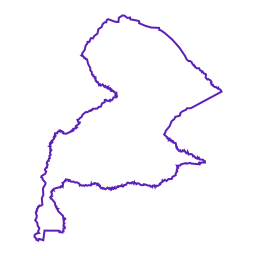 the district of Aranyaprathet, Sa Kaeo, Thailand
{"feature_id": "78962969B18658138340114", "entity_name": "Aranyaprathet", "entity_type": "district", "adm_level": 2, "iso_a3": "THA", "parent_name": "Thailand", "parent_adm1": "Sa Kaeo", "projection": "orthographic", "projection_center": [102.437, 13.671], "detail": "fine", "context": "isolated", "style": "outline", "palette": "violet", "viewbox_px": 256, "rotation_deg": 0, "n_neighbors": 0, "source": "geoboundaries", "source_scale": "gbopen_adm2", "svg_char_len": 5755}
<svg xmlns="http://www.w3.org/2000/svg" viewBox="0 0 256 256"><path d="M159.1,27.9L151.1,27.5L145.6,25.9L139.1,23.2L139.3,21.5L138.7,20.9L130.3,19.3L130.0,17.5L127.4,18.0L124.6,15.7L122.7,15.4L118.9,17.7L118.4,22.0L115.4,21.8L108.1,19.2L106.8,19.9L106.3,22.3L104.6,22.3L102.6,24.3L101.6,27.1L98.5,29.0L97.4,33.7L94.2,36.0L93.0,38.4L90.8,38.2L89.3,42.0L87.5,41.9L87.3,43.8L85.8,45.3L84.6,50.0L82.4,53.1L82.0,54.4L82.5,55.2L81.6,55.6L84.2,57.3L84.4,58.2L85.1,58.0L86.0,59.2L87.1,59.4L88.0,63.6L90.4,68.4L90.3,70.4L91.7,71.9L92.0,74.6L93.4,75.2L93.3,76.4L95.5,77.3L94.9,78.5L95.6,78.8L95.7,80.9L96.5,81.1L96.9,82.1L98.0,82.2L99.1,85.2L100.0,84.4L100.6,85.5L101.2,85.5L102.7,84.4L104.4,86.8L105.4,86.0L106.1,87.4L107.9,86.8L107.4,87.9L107.7,88.6L109.2,88.8L109.0,88.1L110.1,88.1L110.7,88.7L110.2,89.7L110.8,90.7L111.8,90.1L112.0,91.1L113.5,91.0L114.4,92.5L116.3,92.6L116.5,94.5L115.6,94.3L115.4,95.2L116.7,95.3L117.0,96.4L116.2,96.7L116.2,97.3L113.6,97.3L112.3,99.8L111.0,100.4L110.4,99.9L110.0,100.9L109.6,100.2L108.6,100.9L107.0,100.9L106.0,99.8L104.8,99.9L104.7,102.2L102.1,103.3L100.9,106.6L98.4,107.1L97.3,108.6L92.6,108.8L92.3,109.9L91.2,110.0L90.7,111.0L89.5,110.6L87.6,112.1L85.6,112.1L82.5,114.8L81.5,117.2L80.1,117.9L79.1,119.2L77.4,119.8L78.3,122.1L79.8,122.4L79.5,123.4L75.8,126.1L76.8,127.3L76.0,127.4L76.0,128.3L74.5,128.4L73.8,129.2L73.1,128.9L72.5,129.9L72.9,130.3L72.1,130.5L72.6,130.9L66.2,133.7L63.4,133.5L62.8,132.9L63.2,132.0L60.6,130.6L60.6,131.1L59.8,130.8L59.9,131.4L59.1,131.0L57.6,131.9L57.2,133.3L55.0,133.3L54.8,134.9L55.6,135.9L55.3,136.5L54.0,136.6L53.7,137.1L54.4,137.6L53.7,139.2L52.6,140.0L52.3,141.3L51.8,140.9L51.4,141.3L52.4,142.1L52.1,142.6L51.2,143.4L50.4,142.7L49.8,143.9L50.5,145.8L49.4,146.3L50.5,146.9L50.1,148.4L50.9,149.4L50.3,149.4L50.3,150.7L50.8,151.1L49.9,152.8L50.7,154.8L49.4,155.8L49.8,158.2L48.9,158.6L48.7,160.7L48.2,160.5L47.0,162.2L46.7,163.4L47.7,164.7L46.9,166.6L47.1,167.5L45.7,168.1L44.8,169.8L46.2,171.5L45.2,173.8L41.6,176.0L41.2,177.2L42.5,178.0L42.6,179.4L45.5,182.8L45.4,184.1L43.0,188.4L43.3,195.1L41.8,198.3L42.4,204.6L41.1,205.7L39.4,205.5L39.1,206.5L37.9,206.8L37.9,208.1L36.8,209.2L37.1,210.8L36.3,211.2L35.8,212.8L36.3,213.1L36.2,214.7L36.9,215.7L36.4,218.1L35.2,220.1L37.4,223.0L37.6,225.7L39.3,228.2L38.1,231.9L39.0,233.0L36.1,233.7L34.6,235.0L34.5,237.0L36.6,238.7L36.3,239.6L37.1,240.2L38.3,240.6L39.1,238.9L43.3,240.2L44.5,230.6L57.9,230.7L59.6,230.9L59.4,232.1L62.5,232.5L62.7,231.5L63.5,231.4L63.4,228.8L64.9,228.1L64.6,226.5L63.5,226.4L63.7,224.0L64.4,223.5L63.6,222.1L64.1,219.7L64.8,219.3L64.1,218.7L64.7,218.4L63.7,217.7L63.3,218.2L63.0,215.9L58.2,211.2L57.6,209.4L58.0,208.9L56.7,208.7L56.7,207.4L56.0,206.9L56.3,206.4L55.2,205.2L55.0,203.0L52.0,199.2L50.8,198.6L50.7,197.3L51.3,196.8L50.7,196.8L51.7,195.5L51.9,193.5L51.4,192.7L51.9,191.8L51.4,191.6L52.0,190.7L53.0,189.7L53.5,190.0L53.3,189.5L54.0,188.8L59.5,187.2L60.2,187.5L61.1,186.2L61.5,186.7L62.2,186.0L62.7,186.6L63.1,184.1L62.7,183.1L63.3,183.2L63.7,182.1L65.5,180.9L65.1,180.6L65.8,179.4L69.4,180.0L69.0,180.9L69.9,180.7L70.8,181.6L73.7,181.7L75.3,182.6L76.9,182.3L79.2,183.6L79.7,185.2L80.2,184.7L82.0,185.7L83.1,185.3L84.3,185.9L85.6,185.0L87.3,185.7L88.4,185.2L90.9,185.4L91.3,183.9L91.5,184.5L92.6,184.3L93.0,183.8L92.6,183.6L94.1,183.9L94.1,183.3L94.7,183.0L97.2,184.1L97.7,183.6L98.3,184.3L97.9,184.9L98.8,184.7L98.9,185.6L99.9,185.6L99.9,186.6L101.1,188.2L102.0,187.8L102.5,188.6L103.6,188.7L103.8,188.2L105.5,189.2L107.6,187.6L109.0,188.9L109.5,188.4L110.1,189.0L110.3,188.3L110.9,188.8L111.2,188.4L111.5,189.4L112.5,188.4L113.0,188.7L113.0,187.8L113.6,188.1L114.6,187.3L114.6,188.4L115.7,188.6L117.2,186.9L118.2,187.0L118.2,186.1L120.5,186.2L121.7,185.1L121.9,186.2L123.1,186.6L124.2,185.0L125.9,184.9L127.3,182.8L128.2,182.6L129.8,183.4L131.4,182.6L131.8,183.2L132.6,182.3L133.8,182.8L134.1,182.4L134.2,183.5L134.8,182.9L136.1,183.3L136.4,184.2L137.9,183.3L139.0,183.5L140.4,184.8L142.5,185.3L144.0,184.9L143.9,184.3L145.0,184.4L148.5,185.7L149.8,185.5L150.8,186.7L151.9,186.2L152.4,186.9L153.1,185.5L154.5,185.8L154.8,186.4L154.9,185.7L155.6,186.2L155.6,185.7L158.0,185.8L160.2,184.4L159.8,183.7L162.3,181.8L162.5,180.7L163.0,181.4L164.8,179.8L166.5,181.0L168.4,179.1L171.8,178.9L172.5,176.8L175.7,175.2L175.6,173.6L176.6,172.4L176.5,171.4L177.3,171.0L176.8,169.3L177.6,168.5L177.0,166.2L178.2,167.0L178.2,165.6L180.4,165.4L181.0,164.3L185.9,163.1L186.2,163.6L187.2,163.6L190.1,162.8L190.9,163.5L198.5,164.2L199.0,162.6L199.5,162.5L200.2,162.7L199.7,163.2L200.0,163.9L200.7,162.9L202.1,162.5L204.9,162.6L204.8,161.1L204.0,161.0L203.1,159.8L199.3,159.3L198.9,157.8L198.3,158.1L197.6,157.3L197.3,158.6L195.6,158.0L194.1,156.1L192.9,156.3L192.5,154.7L191.7,154.2L189.9,154.0L188.8,154.5L187.7,152.0L187.4,153.3L186.3,153.3L184.4,150.4L183.9,151.1L182.8,150.3L181.8,151.6L180.3,151.4L180.2,150.3L178.6,150.7L177.8,149.0L177.1,148.8L177.0,147.3L176.4,147.4L175.7,143.1L173.7,142.7L173.3,141.6L172.6,142.0L172.2,140.8L171.1,141.1L170.8,139.9L169.0,140.3L169.3,139.6L168.6,139.2L169.2,138.5L167.4,138.3L167.5,137.6L164.1,134.5L165.2,132.9L165.8,130.8L169.6,126.3L171.6,121.2L174.2,119.2L175.3,116.8L179.6,115.8L180.3,114.7L180.0,114.2L180.4,113.1L182.0,111.6L186.1,109.7L186.9,108.3L190.8,108.2L221.5,91.7L220.4,89.6L218.2,88.7L218.2,87.8L217.4,88.3L216.0,87.0L215.0,87.2L213.1,85.9L213.0,85.0L211.6,84.8L211.6,83.2L210.8,82.8L211.4,81.6L210.5,80.4L208.2,79.1L207.4,79.5L205.6,77.6L206.0,74.8L205.5,73.9L204.1,73.7L202.9,72.1L202.0,72.2L202.2,71.3L200.2,70.4L199.0,68.2L197.2,68.4L195.4,67.5L195.1,66.3L194.1,66.0L193.8,64.7L192.8,64.6L191.5,62.0L190.0,61.0L188.6,61.1L186.6,59.3L185.0,55.9L179.3,47.5L172.4,39.7L164.7,33.0L160.8,30.3L159.3,30.0L159.1,27.9Z" fill="none" stroke="#5b21b6" stroke-width="2"/></svg>